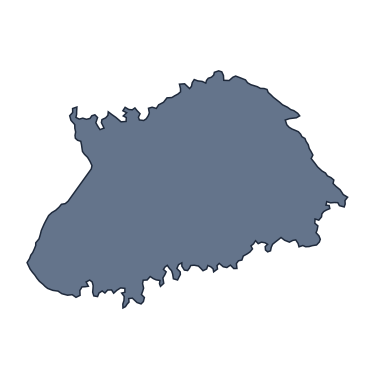 Coronel Bicaco, Rio Grande do Sul, Brazil, rotated 277°
{"feature_id": "56859067B35030756743824", "entity_name": "Coronel Bicaco", "entity_type": "district", "adm_level": 2, "iso_a3": "BRA", "parent_name": "Brazil", "parent_adm1": "Rio Grande do Sul", "projection": "orthographic", "projection_center": [-53.654, -27.806], "detail": "fine", "context": "isolated", "style": "filled", "palette": "slate", "viewbox_px": 384, "rotation_deg": 277, "n_neighbors": 0, "source": "geoboundaries", "source_scale": "gbopen_adm2", "svg_char_len": 3919}
<svg xmlns="http://www.w3.org/2000/svg" viewBox="0 0 384 384"><g transform="rotate(277 192 192)"><path d="M101.8,36.9L95.8,40.7L92.8,43.5L90.4,46.1L87.4,48.7L84.8,51.4L82.2,55.4L80.3,57.8L78.7,60.5L77.4,65.8L77.3,71.1L75.2,75.2L74.4,81.0L75.5,85.6L73.3,89.7L75.8,93.5L80.6,92.7L84.4,94.4L84.9,97.3L85.8,100.6L89.8,97.9L92.1,101.2L90.5,103.9L87.0,105.3L83.8,105.5L80.5,105.6L76.9,107.2L76.7,111.0L80.4,112.0L82.8,114.9L81.1,117.9L84.4,120.2L85.0,124.1L82.0,126.6L85.3,129.4L88.1,132.8L88.2,137.1L84.3,137.6L83.1,134.5L80.1,137.4L76.0,137.7L72.4,137.0L68.5,137.6L70.1,139.9L72.7,141.2L75.1,142.9L78.5,142.2L79.4,145.7L75.6,150.9L74.7,155.1L77.3,157.1L81.5,157.6L84.1,154.3L87.2,155.1L90.7,155.7L95.0,154.1L98.5,154.3L99.2,158.2L103.0,160.8L101.3,164.2L100.4,167.2L100.3,171.0L97.0,170.9L94.5,172.2L97.9,175.1L103.2,173.6L106.5,175.1L109.6,176.1L111.7,173.1L114.2,174.3L116.2,176.4L113.4,178.9L111.4,181.3L108.2,182.8L103.6,184.1L102.9,188.4L105.8,189.4L108.7,190.5L111.3,190.0L114.2,186.3L118.3,187.5L120.4,190.5L117.1,191.0L113.6,193.9L113.5,197.2L116.3,198.8L118.9,199.7L119.6,203.1L119.3,207.4L117.4,209.9L115.2,212.5L117.4,215.9L121.0,216.7L120.0,219.8L118.3,222.3L115.4,223.2L118.7,226.7L122.0,225.8L124.5,227.7L121.6,232.1L121.3,235.8L124.1,239.0L121.1,242.8L121.6,245.9L126.4,244.8L129.4,246.5L130.5,249.8L134.7,250.7L137.3,254.3L139.5,256.8L142.9,259.0L145.7,257.1L148.1,259.4L151.4,261.0L148.8,264.0L150.7,267.0L150.5,270.7L149.3,273.4L146.7,271.3L143.4,272.0L141.8,274.4L143.2,277.1L146.7,277.4L149.9,278.3L152.7,281.0L155.7,284.0L157.7,285.9L155.4,289.8L154.1,294.8L156.2,297.9L157.1,300.8L153.8,303.6L150.6,304.9L152.4,308.5L151.5,311.4L152.1,314.9L153.4,317.9L154.6,322.1L157.9,324.5L160.7,325.1L164.0,323.3L166.7,320.1L169.5,320.8L173.7,321.1L176.0,317.7L180.2,317.4L179.5,321.3L183.1,323.6L186.2,323.6L188.7,325.2L190.5,327.6L192.3,330.8L195.3,329.8L195.3,326.6L198.9,326.9L198.1,330.8L198.9,334.5L199.2,338.0L196.4,340.0L195.7,344.9L198.7,345.5L202.2,344.9L205.8,347.1L207.9,342.4L212.2,338.8L215.2,334.1L217.6,331.0L221.2,331.3L223.2,328.2L224.5,324.4L227.1,322.2L228.7,318.5L232.2,313.6L236.0,310.0L239.7,306.2L243.4,307.5L247.0,305.0L249.4,303.1L253.1,301.6L256.2,299.0L258.9,297.6L260.3,294.3L262.6,292.8L264.8,290.2L265.8,286.9L266.7,283.6L268.1,280.5L270.3,277.9L274.8,275.8L276.7,279.8L278.4,286.6L280.7,289.6L283.0,287.3L285.2,283.1L285.8,280.0L287.8,276.4L289.6,271.2L292.0,267.7L293.8,264.7L295.9,261.2L298.1,258.4L300.1,255.5L302.9,254.0L303.5,251.0L303.2,247.2L304.5,244.0L305.1,240.7L305.7,237.3L307.2,233.8L309.8,231.4L311.1,226.5L312.4,221.2L310.9,218.6L307.2,215.3L306.7,209.9L311.5,209.0L314.9,206.9L315.5,203.7L313.5,199.6L310.7,199.3L308.3,197.3L306.9,194.3L304.5,192.8L301.8,192.4L303.0,188.6L303.0,184.2L303.9,180.5L300.5,178.9L296.8,178.6L294.4,177.0L298.5,171.5L297.5,166.4L293.2,168.0L290.0,168.4L287.5,166.1L285.3,163.0L283.3,160.5L282.4,155.7L277.6,152.8L274.5,148.3L270.6,146.4L271.3,142.1L269.8,138.6L265.3,140.0L262.4,139.3L259.1,137.7L257.1,135.4L257.1,131.0L259.7,129.7L263.3,130.9L266.2,127.4L268.5,125.1L266.3,122.7L266.2,119.2L267.9,115.3L264.2,113.5L262.7,117.5L259.1,114.5L257.9,117.7L254.0,118.0L253.0,113.0L254.8,110.3L256.8,107.3L259.1,103.0L261.4,99.1L257.8,99.2L255.1,97.3L252.9,93.8L249.8,93.6L247.4,95.2L244.7,96.9L242.7,93.1L245.5,90.7L249.0,88.1L254.4,89.2L256.8,86.2L255.5,83.3L252.6,81.8L251.3,78.4L252.0,74.6L250.6,71.2L251.9,67.7L255.1,68.0L257.8,67.7L262.3,67.4L260.3,63.3L256.4,63.9L252.8,61.3L248.4,63.1L244.6,67.4L240.8,68.0L237.4,69.2L233.9,69.0L231.1,69.7L229.4,72.1L228.8,75.4L225.3,76.6L221.6,77.6L218.8,78.4L216.3,80.7L213.7,84.1L209.9,87.1L206.0,89.5L202.6,89.2L167.7,70.1L165.0,67.6L163.9,63.9L160.7,61.9L157.2,58.9L154.5,55.4L151.2,52.6L145.9,50.5L142.3,49.2L138.7,48.1L135.3,47.1L131.1,46.6L126.9,45.9L122.5,43.1L119.8,43.4L116.4,42.5L112.5,41.3L109.7,39.7L106.1,38.9L101.8,36.9Z" fill="#64748b" stroke="#1e293b" stroke-width="1.5"/></g></svg>